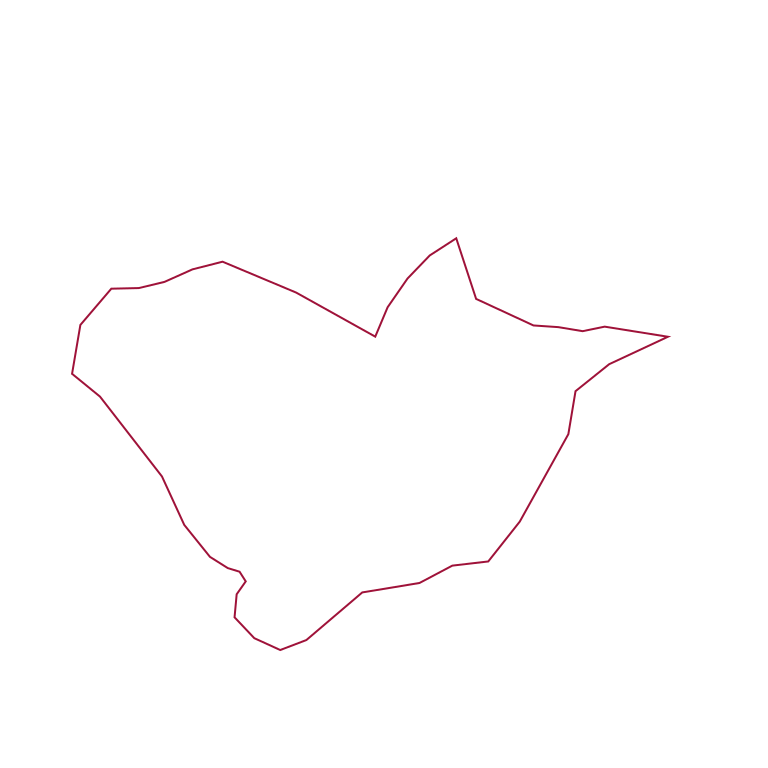 outline of Mwaro, rotated 244°
{"feature_id": "BDI-5588", "entity_name": "Mwaro", "entity_type": "Province", "adm_level": 1, "iso_a3": "BDI", "parent_name": "Burundi", "parent_adm1": "", "projection": "robinson", "projection_center": [29.724, -3.536], "detail": "fine", "context": "isolated", "style": "outline", "palette": "rose", "viewbox_px": 768, "rotation_deg": 244, "n_neighbors": 0, "source": "natural_earth", "source_scale": "10m", "svg_char_len": 646}
<svg xmlns="http://www.w3.org/2000/svg" viewBox="0 0 768 768"><g transform="rotate(244 384 384)"><path d="M529.9,108.1L570.2,137.0L589.2,180.7L577.7,205.7L572.0,231.5L571.0,262.1L564.7,292.5L504.7,345.1L430.4,396.9L451.4,420.9L468.5,451.4L479.5,481.5L483.3,512.8L420.1,504.1L371.1,544.0L358.7,565.6L344.4,585.7L338.8,607.5L302.0,659.9L303.1,595.1L293.6,553.0L258.1,527.7L200.8,445.7L178.8,399.9L190.8,365.8L189.6,328.7L206.2,273.1L187.9,202.0L190.4,174.1L212.4,156.0L239.8,147.4L259.6,159.4L267.2,173.2L278.6,171.9L287.0,162.9L304.9,151.8L344.9,142.7L398.2,143.9L497.2,123.2L529.9,108.1Z" fill="none" stroke="#9f1239" stroke-width="2"/></g></svg>